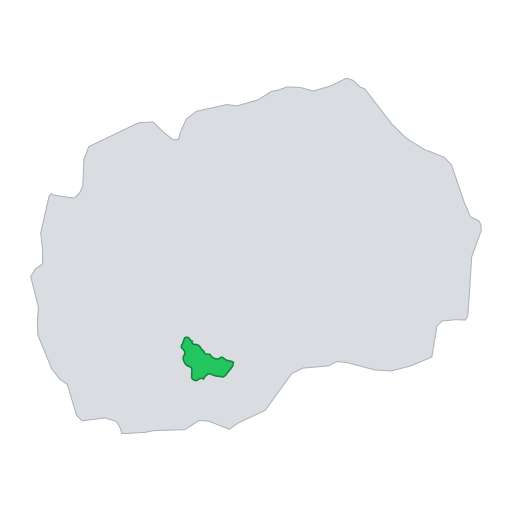 Mogila highlighted on a map of North Macedonia
{"feature_id": "MKD-2945", "entity_name": "Mogila", "entity_type": "Statistical Region", "adm_level": 1, "iso_a3": "MKD", "parent_name": "North Macedonia", "parent_adm1": "", "projection": "mercator", "projection_center": [21.416, 41.17], "detail": "fine", "context": "in_parent", "style": "filled", "palette": "green", "viewbox_px": 512, "rotation_deg": 0, "n_neighbors": 0, "source": "natural_earth", "source_scale": "10m", "svg_char_len": 2106}
<svg xmlns="http://www.w3.org/2000/svg" viewBox="0 0 512 512"><path d="M227.0,104.6L236.8,105.9L258.1,99.8L271.4,91.4L278.2,90.1L287.2,86.9L300.1,87.4L313.2,91.0L329.9,86.2L346.3,78.3L352.9,80.3L360.0,87.0L364.7,88.8L391.9,124.2L406.8,138.6L424.3,149.4L444.4,157.4L451.5,165.0L464.3,202.5L470.4,216.7L478.9,220.9L480.9,225.0L481.3,230.4L471.7,256.7L467.9,315.3L465.5,320.0L455.5,319.7L442.2,321.0L437.1,325.5L431.8,357.0L410.4,366.0L391.0,371.0L374.7,369.9L346.0,362.4L336.6,361.6L328.5,365.9L302.9,368.1L291.7,373.6L265.2,410.3L238.4,422.9L229.3,429.3L208.9,421.2L199.1,420.4L184.9,429.7L153.9,430.6L145.5,432.3L121.6,433.7L120.6,428.7L116.2,421.3L105.0,417.9L82.2,420.8L76.6,415.4L67.3,384.3L59.9,379.3L51.7,368.8L37.8,334.9L37.5,320.0L38.4,307.1L30.7,276.5L35.5,268.8L42.6,263.9L42.7,251.6L40.7,232.9L49.1,196.0L51.4,193.4L53.6,195.1L74.1,198.1L79.4,193.4L82.8,186.1L83.9,159.1L88.8,146.6L138.4,122.8L153.0,121.9L164.2,132.8L173.0,139.8L178.4,139.6L180.3,132.6L186.3,119.0L196.5,111.2L226.7,104.6L227.0,104.6Z" fill="#d9dde1" stroke="#a8b0b8" stroke-width="1"/><path d="M187.3,337.2L189.1,338.1L190.5,340.2L191.3,340.8L192.1,341.1L191.9,341.2L192.1,342.7L192.9,344.0L195.6,344.5L197.3,344.6L199.5,346.0L201.6,349.4L203.8,351.1L204.4,352.9L205.5,354.0L207.4,354.1L209.3,354.2L210.4,354.7L211.6,356.8L215.0,358.7L216.9,358.8L218.9,358.8L220.2,357.9L221.1,357.2L222.4,357.2L225.6,359.7L228.1,360.6L230.7,361.1L232.8,361.8L233.5,362.5L233.4,362.6L232.7,366.1L230.5,369.1L228.0,372.2L225.2,375.7L223.2,377.0L219.4,376.4L215.2,375.9L212.8,375.0L210.2,373.9L208.4,373.9L205.6,375.9L204.0,378.0L203.6,379.1L203.2,378.7L201.7,378.4L200.6,378.4L199.7,378.6L198.4,379.5L196.6,380.6L195.7,380.6L194.3,380.3L192.9,379.5L192.0,378.6L191.6,377.3L191.7,375.0L191.7,372.8L191.9,371.1L191.8,369.6L191.4,368.0L190.4,367.0L188.0,366.2L186.3,365.0L184.8,363.2L183.8,361.1L183.2,359.0L183.2,356.7L184.1,355.4L184.8,353.7L184.8,351.8L183.5,349.8L183.2,349.5L182.3,348.6L181.3,347.4L181.5,345.2L182.7,343.4L184.0,339.4L184.7,337.7L186.1,337.3L186.8,337.2L187.3,337.2Z" fill="#22c55e" stroke="#15803d" stroke-width="1.5"/></svg>